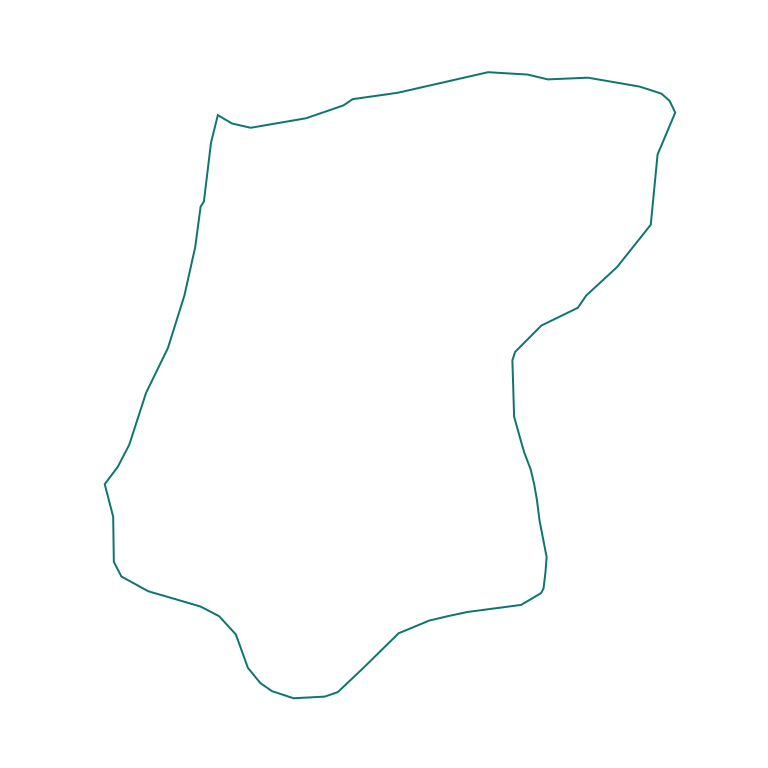 the district of Santa Lucía Utatlán, Sololá, Guatemala, rotated 184°
{"feature_id": "79465075B3203772279069", "entity_name": "Santa Lucía Utatlán", "entity_type": "district", "adm_level": 2, "iso_a3": "GTM", "parent_name": "Guatemala", "parent_adm1": "Sololá", "projection": "equal_earth", "projection_center": [-91.278, 14.782], "detail": "fine", "context": "isolated", "style": "outline", "palette": "teal", "viewbox_px": 768, "rotation_deg": 184, "n_neighbors": 0, "source": "geoboundaries", "source_scale": "gbopen_adm2", "svg_char_len": 927}
<svg xmlns="http://www.w3.org/2000/svg" viewBox="0 0 768 768"><g transform="rotate(184 384 384)"><path d="M195.9,473.6L188.5,486.3L159.6,517.0L129.0,561.5L127.1,632.0L112.4,675.1L118.9,686.4L127.5,693.0L149.7,698.5L201.8,703.8L241.7,699.3L262.4,702.7L301.9,702.3L390.6,675.5L435.1,666.0L443.9,659.1L480.2,643.7L534.9,630.3L553.9,633.3L568.5,640.6L573.4,612.6L576.4,553.4L579.3,548.1L581.9,507.2L589.3,458.3L602.1,404.7L620.7,358.7L633.9,305.6L643.7,283.0L655.6,264.6L644.9,232.7L641.1,187.7L632.5,173.6L604.7,160.8L551.5,149.2L532.2,140.8L514.3,123.8L500.0,91.4L486.6,77.1L474.4,69.8L452.3,64.2L421.4,68.0L408.6,73.4L384.3,99.9L352.0,136.4L322.3,151.2L303.3,157.1L285.0,162.4L231.8,173.2L212.7,186.4L210.6,191.1L209.8,207.5L209.7,222.7L219.3,258.6L223.4,279.2L227.1,294.1L231.7,309.0L239.2,325.2L242.8,334.9L251.9,360.4L257.6,416.7L255.4,425.2L231.1,453.3L195.9,473.6Z" fill="none" stroke="#0f766e" stroke-width="2"/></g></svg>